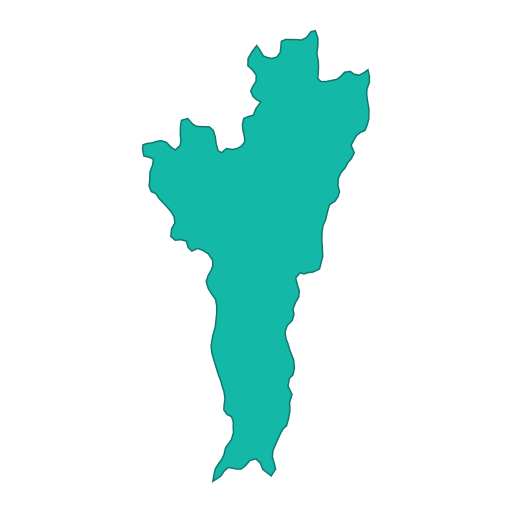 Joanésia, Minas Gerais, Brazil
{"feature_id": "56859067B98397226350347", "entity_name": "Joanésia", "entity_type": "district", "adm_level": 2, "iso_a3": "BRA", "parent_name": "Brazil", "parent_adm1": "Minas Gerais", "projection": "equal_earth", "projection_center": [-42.708, -19.227], "detail": "fine", "context": "isolated", "style": "filled", "palette": "teal", "viewbox_px": 512, "rotation_deg": 0, "n_neighbors": 0, "source": "geoboundaries", "source_scale": "gbopen_adm2", "svg_char_len": 2831}
<svg xmlns="http://www.w3.org/2000/svg" viewBox="0 0 512 512"><path d="M315.3,30.7L310.9,31.8L306.6,37.5L301.3,40.1L296.5,39.6L291.1,39.6L285.9,39.4L281.4,41.3L280.9,46.7L280.2,52.4L277.0,57.0L271.8,58.5L267.3,57.5L263.3,55.9L260.1,50.5L256.7,45.6L252.5,51.1L248.1,58.4L247.9,65.7L252.2,69.6L256.2,75.0L256.0,81.5L253.0,86.1L250.7,91.0L253.0,96.4L256.6,99.7L260.8,101.9L255.8,108.9L253.4,115.1L248.5,116.5L243.7,118.5L242.4,124.5L243.0,130.7L244.4,136.6L244.8,141.8L241.4,146.2L236.9,148.6L232.3,149.5L226.4,148.6L221.6,152.7L218.1,150.8L216.1,143.5L215.3,137.0L213.3,130.5L209.4,126.9L204.9,126.7L200.3,126.6L195.9,126.2L192.1,123.6L187.7,118.5L181.5,120.3L180.5,126.2L180.3,134.8L180.9,140.2L180.2,145.4L175.2,150.0L170.6,146.8L166.5,142.4L161.1,140.6L156.2,141.5L152.2,142.9L146.9,143.5L143.0,144.8L142.6,149.8L143.9,156.0L149.3,157.3L153.4,159.2L152.6,165.0L150.0,172.0L149.7,179.9L149.1,186.1L151.3,191.6L156.0,193.7L159.4,198.9L163.7,203.3L167.6,207.6L171.3,212.0L174.2,217.1L174.8,223.1L171.6,228.8L170.8,236.4L175.2,240.2L180.7,239.7L186.3,241.1L188.2,247.5L191.9,251.1L197.5,248.4L202.8,250.3L208.3,253.8L212.5,260.1L212.9,265.5L211.2,270.2L208.2,275.4L206.2,281.5L208.2,288.3L211.9,294.3L215.5,299.2L216.7,306.0L216.7,313.3L216.1,319.1L215.3,326.9L212.7,335.9L211.1,346.2L212.0,353.5L213.9,360.1L216.5,368.5L218.5,375.0L220.8,380.9L222.2,386.2L224.0,391.6L225.0,398.6L224.2,404.3L223.8,409.8L227.1,414.5L231.5,416.6L233.3,421.7L233.2,427.2L233.5,432.6L231.5,439.4L228.7,443.5L225.6,447.6L224.0,454.6L221.6,459.6L218.8,463.3L215.4,468.7L214.1,474.2L212.9,481.3L216.9,478.7L221.0,475.9L224.3,470.9L228.3,467.4L232.5,468.2L236.3,469.0L241.2,469.0L245.6,465.5L250.1,460.3L256.0,458.9L260.4,463.3L262.9,469.5L267.5,473.0L271.2,475.9L275.6,469.0L274.0,462.5L272.3,456.7L273.0,450.6L275.0,445.7L278.0,438.9L281.0,432.4L283.3,428.6L286.5,425.8L288.5,418.8L289.9,410.7L289.6,402.5L292.0,394.3L288.0,386.1L289.4,378.3L293.0,374.7L294.4,368.0L293.6,359.9L291.6,354.7L289.8,350.3L288.1,344.1L286.1,339.2L285.0,332.1L287.3,325.3L292.2,320.5L294.0,314.4L293.0,308.9L295.6,302.3L298.7,297.1L299.3,291.0L297.3,284.6L295.7,277.8L300.1,272.8L304.0,273.9L308.4,272.6L313.2,272.0L319.5,269.0L320.8,263.9L322.7,256.5L322.3,247.0L321.8,238.8L322.1,231.2L323.0,225.6L325.8,219.2L327.6,211.2L329.6,204.6L335.1,201.1L338.1,196.5L339.5,191.8L338.0,185.9L338.2,178.5L341.4,172.0L345.1,167.9L347.9,162.5L351.3,158.7L354.3,152.7L351.1,145.3L354.1,139.6L356.6,135.4L360.4,132.4L364.9,130.5L366.9,125.8L368.7,119.3L369.0,109.5L367.5,100.8L366.7,94.8L366.9,88.9L369.4,82.3L369.4,76.3L367.9,69.8L364.1,72.6L359.4,75.2L354.0,74.2L350.3,71.4L344.7,72.2L340.7,76.4L337.1,79.3L331.9,80.4L325.8,81.6L321.1,81.6L317.7,78.5L318.3,72.2L318.5,67.1L318.3,61.3L316.9,53.7L317.9,45.0L317.9,38.2L315.3,30.7Z" fill="#14b8a6" stroke="#0f766e" stroke-width="1.5"/></svg>